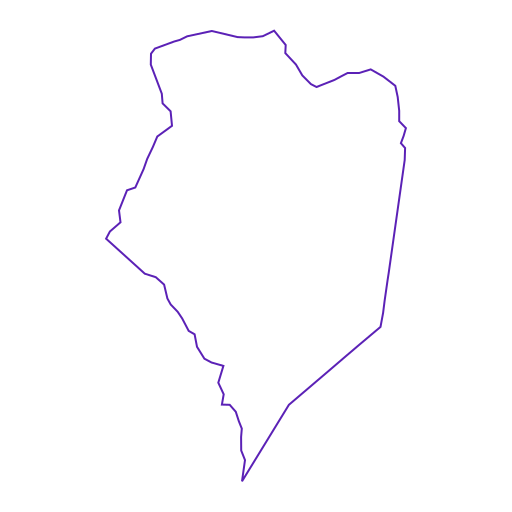 the district of Santa Terezinha, Pernambuco, Brazil
{"feature_id": "56859067B87497954327615", "entity_name": "Santa Terezinha", "entity_type": "district", "adm_level": 2, "iso_a3": "BRA", "parent_name": "Brazil", "parent_adm1": "Pernambuco", "projection": "equal_earth", "projection_center": [-37.445, -7.446], "detail": "fine", "context": "isolated", "style": "outline", "palette": "violet", "viewbox_px": 512, "rotation_deg": 0, "n_neighbors": 0, "source": "geoboundaries", "source_scale": "gbopen_adm2", "svg_char_len": 1072}
<svg xmlns="http://www.w3.org/2000/svg" viewBox="0 0 512 512"><path d="M106.1,238.7L144.8,273.7L155.8,277.2L164.1,284.6L167.4,298.5L170.7,304.5L177.7,311.8L182.2,318.5L188.7,330.9L194.6,334.3L197.0,346.8L204.4,358.7L211.5,362.5L223.4,365.9L218.3,382.7L223.7,394.3L221.9,404.6L229.7,404.8L235.8,411.8L238.8,421.1L241.8,428.6L241.1,437.0L241.2,450.5L245.0,460.1L242.0,481.3L288.9,404.8L331.6,368.4L347.0,355.2L359.7,344.4L380.5,326.9L383.1,312.9L384.6,300.9L387.6,280.0L388.7,272.9L404.7,160.0L405.1,148.0L400.9,143.2L403.6,136.0L405.9,128.1L399.2,121.2L399.2,110.8L397.7,97.0L395.3,85.8L383.4,76.6L370.7,69.4L359.1,73.0L347.6,73.0L341.6,76.1L334.5,79.9L316.5,87.0L310.9,84.1L302.3,75.4L296.0,64.6L285.3,53.1L285.7,45.0L274.1,30.7L262.8,36.2L253.3,37.4L244.4,37.4L237.6,37.1L211.8,31.0L187.2,36.3L179.9,39.9L174.2,41.5L154.9,48.6L151.0,53.7L150.8,64.6L161.8,93.7L162.6,103.4L170.6,111.3L172.0,125.8L157.3,136.5L152.9,146.9L147.2,158.9L143.6,169.1L135.3,187.5L127.0,190.3L119.0,210.4L120.5,222.3L109.9,231.5L106.1,238.7Z" fill="none" stroke="#5b21b6" stroke-width="2"/></svg>